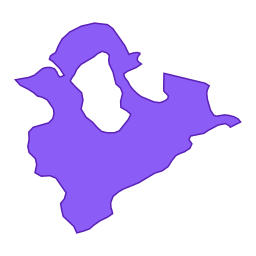 an SVG outline of New Taipei City
{"feature_id": "TWN-1167", "entity_name": "New Taipei City", "entity_type": "Special Municipality", "adm_level": 1, "iso_a3": "TWN", "parent_name": "Taiwan", "parent_adm1": "", "projection": "mercator", "projection_center": [121.596, 24.984], "detail": "fine", "context": "isolated", "style": "filled", "palette": "violet", "viewbox_px": 256, "rotation_deg": 0, "n_neighbors": 0, "source": "natural_earth", "source_scale": "10m", "svg_char_len": 1913}
<svg xmlns="http://www.w3.org/2000/svg" viewBox="0 0 256 256"><path d="M164.0,73.3L205.3,83.3L209.2,85.8L207.2,90.1L206.7,93.6L207.5,99.8L210.5,110.2L213.6,115.0L216.1,116.2L224.5,114.9L228.8,115.4L233.8,116.7L238.2,119.0L240.6,122.0L230.3,127.2L229.3,125.8L225.4,123.6L218.3,125.0L208.2,130.4L203.9,133.3L190.6,136.0L188.9,139.6L191.9,143.8L189.9,148.3L184.4,151.8L180.2,153.3L175.8,155.6L171.9,160.5L168.2,166.5L162.2,170.8L154.8,173.1L138.8,182.7L123.2,189.1L118.6,191.8L113.0,196.5L110.7,202.5L110.9,207.4L112.1,211.2L112.6,213.6L107.9,216.9L100.0,220.8L94.1,224.9L89.6,228.8L83.7,231.0L76.8,232.9L73.9,226.4L63.2,216.3L61.6,209.7L60.6,203.5L64.3,199.0L66.1,192.8L56.0,178.1L50.0,175.7L41.2,176.2L35.0,172.7L36.7,164.7L35.4,158.6L29.1,152.5L27.8,146.5L29.1,139.5L28.8,132.1L33.2,127.3L48.8,122.8L52.8,118.6L54.0,113.6L53.4,108.8L47.3,99.9L42.2,97.2L37.4,96.0L33.6,92.6L27.9,89.0L20.4,85.3L15.4,79.8L28.8,77.4L34.5,75.2L41.8,69.1L44.0,68.0L46.7,67.5L50.4,67.4L54.5,68.8L56.8,72.0L58.2,75.3L60.1,77.1L64.2,75.4L59.9,68.6L53.0,61.6L49.4,59.3L50.4,56.1L52.6,54.3L54.8,53.2L55.8,52.1L58.3,46.0L62.1,39.0L69.9,31.9L81.4,26.1L94.5,23.1L107.4,24.6L112.8,28.6L124.7,45.5L129.0,54.4L130.4,53.8L133.6,52.9L137.3,52.5L139.9,53.2L139.8,54.3L138.5,55.8L137.3,57.9L137.4,60.5L138.7,62.0L141.4,64.0L136.2,67.5L127.6,71.2L123.8,73.8L124.5,77.2L127.9,81.6L130.0,85.8L133.4,90.0L137.7,94.1L141.3,96.7L153.9,101.9L160.1,102.7L164.8,100.9L167.8,98.7L168.3,95.8L163.9,91.2L163.7,87.5L164.0,73.3ZM114.3,132.8L119.3,130.8L128.4,119.3L130.8,114.2L126.3,110.4L120.9,107.4L120.6,101.3L122.6,93.4L120.6,88.1L116.0,84.0L113.0,72.0L111.0,67.8L109.2,63.9L108.7,59.7L109.3,55.4L106.9,52.9L102.3,51.3L97.5,53.7L94.0,56.7L81.0,64.4L76.8,69.2L74.3,74.6L72.1,77.5L70.2,81.1L74.7,86.1L81.6,92.7L83.0,100.1L81.1,109.0L85.9,117.0L92.7,122.4L97.3,127.6L101.7,131.5L107.4,132.8L114.3,132.8Z" fill="#8b5cf6" stroke="#5b21b6" stroke-width="1.5"/></svg>